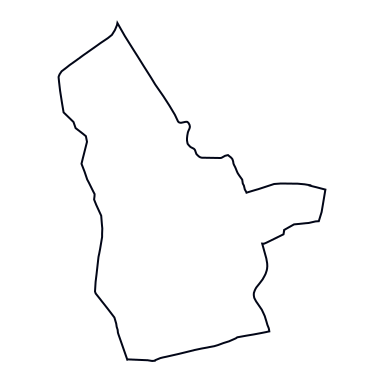 the district of Zilupe, Zilupes, Latvia
{"feature_id": "27541924B3022786847050", "entity_name": "Zilupe", "entity_type": "district", "adm_level": 2, "iso_a3": "LVA", "parent_name": "Latvia", "parent_adm1": "Zilupes", "projection": "orthographic", "projection_center": [28.122, 56.393], "detail": "fine", "context": "isolated", "style": "outline", "palette": "ink", "viewbox_px": 384, "rotation_deg": 0, "n_neighbors": 0, "source": "geoboundaries", "source_scale": "gbopen_adm2", "svg_char_len": 2909}
<svg xmlns="http://www.w3.org/2000/svg" viewBox="0 0 384 384"><path d="M63.6,112.4L73.5,122.0L75.6,128.1L83.1,133.9L85.9,136.2L87.0,141.8L83.3,156.5L82.8,158.4L81.5,163.8L84.6,171.8L87.2,179.5L88.9,182.7L93.1,191.2L94.6,194.1L94.5,196.3L94.1,199.5L95.1,202.1L95.7,203.5L96.2,204.8L101.2,215.7L101.9,224.3L102.1,226.5L102.3,228.4L102.1,233.7L102.1,237.0L100.1,249.0L99.2,253.7L98.5,256.9L96.5,274.6L95.6,281.9L95.0,291.5L95.7,293.5L100.7,299.8L100.8,300.0L107.6,308.6L114.4,317.5L116.2,323.6L116.7,326.9L117.6,329.7L117.7,330.5L117.9,332.4L117.9,332.6L118.5,334.5L127.3,359.7L128.1,359.4L146.6,360.2L147.4,360.2L152.3,361.0L152.6,360.9L154.5,360.8L155.0,360.7L155.2,360.2L160.3,358.1L163.1,357.4L166.0,356.8L178.4,354.0L181.7,353.2L191.5,350.8L193.6,350.3L194.2,350.1L201.8,348.5L207.4,347.5L209.3,347.1L214.2,346.2L217.9,345.1L223.6,343.0L229.1,341.3L229.5,341.1L235.0,338.7L236.2,338.1L237.1,337.4L237.3,337.3L246.2,335.7L253.4,334.5L260.4,333.2L266.5,332.0L267.7,331.7L269.3,331.4L269.0,329.4L268.7,328.1L267.4,324.9L266.4,321.4L265.4,318.2L264.8,316.2L263.8,314.0L261.8,309.7L256.1,301.4L254.5,298.4L254.2,297.6L254.0,296.5L253.8,295.2L253.8,294.2L253.9,292.9L254.3,291.8L254.7,290.6L255.3,289.3L256.0,288.0L256.6,287.1L259.5,283.5L262.6,279.4L264.6,275.8L265.6,273.8L266.1,272.3L266.7,270.5L267.1,268.5L267.2,267.2L267.3,266.3L267.2,263.9L267.1,263.0L266.3,258.4L262.2,243.6L264.0,243.7L266.4,242.7L283.5,234.3L284.0,231.6L283.9,231.6L284.1,230.0L286.0,228.9L294.0,224.4L294.9,224.3L299.3,223.9L305.9,223.2L308.4,223.0L308.6,223.0L315.6,221.4L318.8,221.2L321.6,212.1L322.8,205.1L325.2,190.7L325.4,189.6L316.6,187.3L312.1,186.2L309.8,185.6L310.0,185.2L304.5,184.3L297.7,183.7L280.8,183.5L279.7,183.6L276.9,183.8L274.1,184.0L258.2,189.2L256.4,189.7L252.0,191.0L247.7,192.3L246.5,192.7L246.2,191.9L244.8,189.4L243.9,185.6L242.8,183.6L242.2,179.6L240.6,177.4L239.1,175.3L237.8,173.3L237.4,172.5L236.7,170.9L235.8,168.6L235.1,167.0L234.2,165.3L233.7,164.2L233.4,163.2L233.2,161.7L232.8,160.3L232.3,159.0L231.8,158.4L231.0,157.5L228.7,155.7L228.0,155.1L225.1,155.8L222.4,157.3L221.7,157.7L221.1,157.9L220.4,158.0L201.7,157.7L200.3,157.3L199.2,156.7L197.6,155.3L196.4,154.0L195.8,152.4L195.0,150.1L194.5,149.4L193.9,148.8L193.0,148.3L192.0,147.8L190.5,147.0L189.6,146.1L188.5,144.9L187.6,143.7L187.0,140.5L187.0,138.3L187.3,135.5L187.9,132.3L188.6,130.5L189.4,128.8L189.7,127.8L189.9,126.9L189.7,125.6L189.5,124.8L188.9,123.7L188.5,123.0L187.9,122.4L187.3,121.9L186.6,121.8L185.2,121.9L183.5,122.3L181.0,122.8L180.1,122.7L179.1,122.4L178.4,121.9L177.9,121.2L174.9,114.8L169.4,105.6L163.4,96.3L155.2,84.5L151.2,77.9L143.9,66.4L137.6,56.3L133.9,50.5L124.8,36.0L117.4,23.0L117.0,25.1L114.9,30.1L111.9,34.9L107.9,38.1L100.6,43.0L95.0,47.0L83.2,55.3L76.1,60.5L69.6,65.1L66.6,67.5L61.6,71.3L59.6,74.3L58.7,76.5L58.6,77.3L59.1,82.3L60.1,90.8L62.1,103.6L63.6,112.4Z" fill="none" stroke="#020617" stroke-width="2"/></svg>